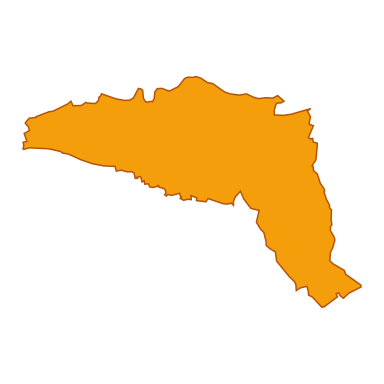 Cork City South West Lea-7, Cork, Ireland (orthographic projection)
{"feature_id": "5873133B2000011981509", "entity_name": "Cork City South West Lea-7", "entity_type": "district", "adm_level": 2, "iso_a3": "IRL", "parent_name": "Ireland", "parent_adm1": "Cork", "projection": "orthographic", "projection_center": [-8.54, 51.864], "detail": "fine", "context": "isolated", "style": "filled", "palette": "amber", "viewbox_px": 384, "rotation_deg": 0, "n_neighbors": 0, "source": "geoboundaries", "source_scale": "gbopen_adm2", "svg_char_len": 2373}
<svg xmlns="http://www.w3.org/2000/svg" viewBox="0 0 384 384"><path d="M360.9,285.1L345.6,274.2L344.4,270.5L333.0,263.8L329.8,260.7L330.5,252.2L332.7,247.8L334.9,240.0L334.0,236.7L330.5,230.9L330.4,226.9L331.9,224.6L331.1,219.7L331.5,209.9L329.5,207.7L329.6,205.3L326.3,199.1L324.0,192.0L324.6,190.8L324.1,188.9L320.3,183.3L317.3,173.9L313.6,170.7L313.1,166.5L311.9,165.9L315.9,159.9L317.3,145.4L317.2,143.1L313.1,142.1L312.7,138.4L310.7,138.9L308.4,137.7L313.4,125.7L309.4,124.5L309.2,123.0L310.5,116.8L307.4,110.9L310.8,108.6L291.3,114.2L283.2,115.4L274.2,114.9L274.3,110.1L276.0,104.1L277.8,103.0L281.2,102.9L284.0,101.1L277.6,95.6L272.8,98.1L265.8,97.7L258.9,98.6L254.1,97.5L246.5,93.9L239.3,95.1L229.7,93.8L224.3,91.8L212.8,83.6L207.3,82.5L201.2,78.3L196.2,76.6L192.7,77.4L187.9,77.2L184.6,78.5L178.3,86.6L170.0,90.8L168.4,90.9L162.1,88.4L157.3,88.6L154.9,91.9L154.2,98.4L152.5,101.8L150.4,101.3L147.0,102.3L144.8,100.9L143.3,97.8L142.7,90.4L140.9,88.9L138.4,88.4L133.5,97.8L129.9,100.2L124.7,100.4L116.5,99.0L101.4,93.8L100.7,95.9L98.9,97.3L98.3,100.9L95.4,103.5L87.1,103.1L86.0,102.3L81.3,105.5L73.0,105.7L70.9,101.2L67.6,104.0L52.8,111.3L49.1,111.7L36.0,116.7L36.0,117.5L29.2,118.2L25.5,122.4L25.4,123.6L28.2,126.4L29.5,130.5L24.2,133.4L26.9,141.5L23.1,142.2L23.8,145.9L23.0,148.8L23.8,149.4L29.2,147.8L48.9,148.8L60.6,151.5L62.8,153.2L67.9,153.9L81.0,159.8L92.4,163.7L103.8,165.9L115.0,166.4L116.3,171.1L121.3,170.2L127.5,171.9L131.8,171.7L134.1,173.1L135.2,178.4L137.6,178.3L137.3,177.1L140.6,176.6L142.1,182.0L144.2,180.8L144.8,184.2L148.5,183.8L149.7,186.9L152.6,187.5L157.2,186.4L157.8,185.4L158.9,186.1L158.9,187.1L163.6,188.4L165.5,190.4L165.9,193.4L164.6,194.8L166.4,196.0L168.0,194.5L171.5,195.4L179.6,193.3L180.5,196.5L181.5,197.1L180.2,198.4L183.6,200.3L187.5,199.3L191.3,199.6L190.9,195.6L196.7,197.9L196.4,200.6L205.9,201.8L208.0,198.6L223.6,203.8L227.6,204.1L231.1,203.1L233.5,205.3L233.5,201.3L235.1,197.2L240.4,191.2L243.9,199.2L250.9,208.4L259.1,210.4L256.4,222.3L260.4,229.0L263.9,232.6L266.2,242.2L266.2,245.4L269.9,248.7L275.4,251.9L276.6,261.1L289.3,276.7L294.5,281.7L295.9,284.6L296.3,290.6L300.1,288.0L306.8,286.3L308.4,291.6L308.5,295.1L312.2,296.9L322.0,307.4L323.5,306.3L324.0,306.9L337.5,296.8L336.2,293.7L338.6,292.8L340.2,295.7L343.5,298.3L348.5,293.4L361.0,287.0L360.9,285.1Z" fill="#f59e0b" stroke="#b45309" stroke-width="1.5"/></svg>